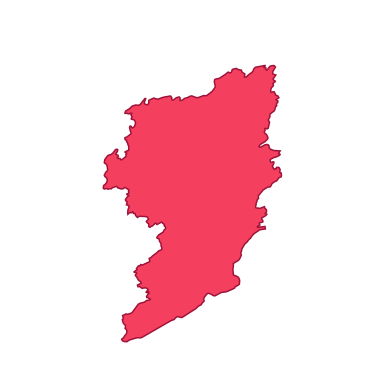 Nizhegorod, Robinson projection, rotated 150°
{"feature_id": "RUS-2357", "entity_name": "Nizhegorod", "entity_type": "Region", "adm_level": 1, "iso_a3": "RUS", "parent_name": "Russia", "parent_adm1": "", "projection": "robinson", "projection_center": [44.77, 56.28], "detail": "fine", "context": "isolated", "style": "filled", "palette": "rose", "viewbox_px": 384, "rotation_deg": 150, "n_neighbors": 0, "source": "natural_earth", "source_scale": "10m", "svg_char_len": 6046}
<svg xmlns="http://www.w3.org/2000/svg" viewBox="0 0 384 384"><g transform="rotate(150 192 192)"><path d="M236.9,267.0L235.5,266.5L235.2,266.0L235.2,265.6L236.2,264.5L239.0,263.0L239.0,262.4L237.7,260.8L238.0,259.5L239.6,259.0L239.5,258.5L238.6,257.4L237.6,257.2L237.4,255.3L236.2,255.1L231.4,255.8L230.9,256.4L230.6,257.6L229.2,258.3L230.1,260.1L229.9,260.3L226.2,259.9L225.5,260.6L223.9,263.3L223.8,265.0L223.2,267.1L223.5,268.3L222.8,269.6L223.7,270.7L223.3,272.2L222.7,272.6L221.1,272.2L215.7,272.9L215.1,274.0L214.8,276.1L214.0,278.7L213.5,279.6L212.9,280.0L212.0,279.7L211.8,277.5L210.9,277.3L209.2,277.4L206.4,279.9L205.8,282.7L206.5,283.9L208.1,285.4L207.8,286.1L206.3,287.0L206.3,289.3L204.9,290.3L205.3,290.8L207.6,291.2L209.4,292.9L210.7,293.6L210.0,294.6L208.7,295.3L204.7,295.4L200.8,296.3L197.5,295.6L194.6,293.7L193.1,293.7L186.0,296.5L185.4,296.1L185.7,295.6L187.9,294.0L188.9,292.6L188.6,291.3L187.4,290.1L186.4,289.9L185.1,290.4L183.9,292.6L183.3,293.0L178.2,292.5L175.4,289.5L169.4,288.4L162.8,286.0L162.4,285.3L162.3,284.0L163.3,282.1L163.2,281.5L162.4,281.0L158.4,281.5L155.8,280.8L155.4,280.5L155.2,279.7L156.5,277.3L155.9,276.7L153.9,276.4L151.8,276.8L148.3,276.0L145.7,275.9L144.1,275.3L141.0,271.5L139.5,270.7L133.7,269.7L131.8,268.4L130.4,268.2L124.0,269.1L119.5,271.2L118.7,272.7L117.7,276.0L116.8,277.4L116.2,277.9L115.1,278.0L111.6,276.8L104.3,277.2L100.9,277.8L100.5,277.6L99.6,276.1L98.6,276.0L97.6,276.2L96.3,277.7L95.0,277.9L91.9,276.9L90.7,274.9L88.3,272.9L88.7,270.6L87.2,267.8L89.0,265.5L89.1,265.3L88.6,264.9L86.7,264.5L85.4,265.1L80.1,265.7L78.9,266.1L76.5,267.9L74.6,268.3L65.5,265.1L65.5,264.6L67.4,264.0L67.3,263.6L66.0,262.6L66.8,260.9L66.6,260.3L65.7,260.2L62.0,261.8L60.5,261.7L58.0,260.7L57.6,260.3L57.3,258.8L57.3,258.4L61.3,256.2L62.1,255.5L62.8,254.2L62.8,253.5L60.9,251.4L65.3,249.3L65.4,248.2L64.4,246.3L65.3,245.8L67.5,245.8L68.1,243.8L68.8,243.2L70.9,242.6L71.8,242.0L73.7,239.8L73.7,238.9L71.3,238.1L70.7,237.6L70.9,234.3L70.8,233.6L69.6,232.2L69.6,230.2L73.0,230.0L73.0,229.0L72.1,228.2L72.6,227.0L75.0,226.0L75.5,224.3L76.9,224.1L79.9,221.2L85.2,220.5L85.7,220.2L87.1,218.0L90.0,216.2L89.9,213.7L94.2,209.1L95.5,209.1L96.7,210.5L97.3,210.5L97.9,208.9L99.6,207.5L99.5,206.1L98.8,204.9L98.8,202.3L99.3,200.7L99.9,200.2L103.3,199.1L109.3,199.0L111.2,198.0L111.1,197.1L109.9,196.5L105.3,196.4L103.4,195.7L102.5,195.0L102.2,193.7L103.0,191.6L102.8,190.1L100.5,187.1L95.1,183.5L97.5,182.3L97.8,181.8L97.1,181.2L96.9,180.5L97.5,180.1L99.9,180.0L104.9,181.0L107.6,181.0L108.4,180.6L109.0,178.9L108.7,178.1L106.6,177.6L106.1,177.0L106.8,175.9L109.6,174.1L109.4,172.9L109.7,172.0L109.6,170.7L109.3,170.3L108.2,170.6L107.3,170.1L106.5,171.0L104.8,170.2L104.3,169.2L104.5,167.3L106.3,165.1L105.3,164.1L105.3,163.7L106.3,161.5L107.2,160.6L109.5,160.9L113.0,159.3L116.1,159.6L118.8,159.1L121.3,157.4L122.2,157.5L123.8,158.4L129.2,158.2L136.5,155.5L137.6,153.2L139.8,152.4L140.5,151.3L142.2,150.2L142.4,149.5L144.1,147.7L144.6,146.8L144.3,145.9L142.5,144.9L141.7,143.9L136.6,143.1L137.0,141.9L136.5,139.6L136.6,138.8L137.5,137.5L139.2,136.9L138.3,135.4L138.4,135.1L140.9,134.6L144.5,134.7L145.1,134.1L145.0,131.8L145.5,130.7L146.7,130.8L148.7,131.6L149.4,131.2L149.6,129.9L150.0,129.3L152.0,129.6L152.9,129.1L152.8,128.5L146.0,125.7L146.9,123.3L152.2,125.4L158.8,124.9L161.9,124.1L164.2,122.8L167.4,122.1L168.8,121.3L172.6,120.4L177.5,117.6L178.8,115.9L180.1,115.2L180.9,112.6L184.4,110.1L186.4,109.5L192.0,109.5L192.8,107.7L195.2,104.7L197.6,99.5L195.3,96.5L194.4,94.8L194.8,91.8L196.8,88.8L197.5,88.3L202.4,88.2L203.3,87.5L204.4,87.5L212.1,88.4L216.7,90.3L224.2,90.6L225.4,91.7L226.7,94.2L228.7,96.3L230.7,96.0L234.3,94.5L235.2,93.8L236.1,91.4L238.7,90.7L240.4,89.8L243.7,89.9L246.8,89.1L263.2,88.3L264.4,88.9L266.4,91.1L267.7,91.5L269.3,91.2L271.1,90.5L274.5,91.1L308.2,91.1L309.7,91.5L312.5,93.3L320.2,95.1L323.3,94.9L325.4,96.3L326.5,97.7L326.7,98.9L326.5,99.7L324.0,100.1L322.2,101.2L319.9,101.9L317.9,103.9L317.6,105.8L318.2,107.3L316.6,109.1L316.4,109.9L317.1,112.4L316.7,114.7L316.1,116.4L315.1,116.5L314.6,117.0L313.9,119.7L310.1,119.4L308.9,118.2L304.5,117.4L294.6,121.7L293.0,121.7L288.2,120.4L285.5,120.8L283.1,119.7L281.7,120.1L282.7,121.7L283.0,122.8L283.9,123.2L283.9,123.6L283.6,124.2L281.7,125.3L279.6,126.1L279.4,127.1L279.6,127.5L281.3,127.3L281.9,128.0L281.3,128.5L279.0,129.3L278.8,129.9L279.5,131.7L281.4,132.9L283.4,133.5L284.6,136.2L286.2,137.0L285.8,138.7L281.7,138.4L281.3,138.6L281.4,140.3L282.2,141.5L282.5,142.7L282.4,145.9L282.8,148.1L282.3,148.7L281.0,149.0L280.5,149.4L280.8,150.3L282.2,151.4L282.0,151.9L278.5,152.2L278.4,153.5L275.5,154.8L274.1,154.3L272.5,154.8L271.6,153.6L263.6,152.9L262.9,153.4L262.6,155.5L262.2,155.9L260.3,155.7L258.5,156.3L252.9,157.0L250.3,157.7L248.0,157.3L246.8,157.5L245.9,159.0L245.8,160.7L244.6,162.8L244.8,165.3L244.0,168.0L245.3,169.3L245.2,170.2L242.4,171.5L237.0,171.7L235.4,172.9L233.4,173.5L232.8,174.1L232.5,175.2L233.0,176.7L232.1,177.6L233.2,179.9L233.2,180.8L233.6,181.2L238.5,181.3L238.7,181.5L238.8,182.9L239.3,183.3L243.2,182.4L244.9,182.7L245.9,182.4L246.5,182.8L246.7,183.9L245.4,185.8L246.3,188.3L246.3,189.4L243.2,190.2L243.2,192.8L244.9,194.2L248.6,196.6L250.1,197.4L252.0,197.2L252.6,199.9L252.0,201.7L253.5,202.7L253.0,203.9L253.2,204.5L254.9,204.3L256.1,205.3L258.7,204.8L257.8,206.7L256.3,208.6L253.5,211.1L254.4,212.9L255.2,213.7L253.1,215.8L253.7,217.3L253.7,218.1L253.4,218.8L249.9,220.4L248.6,220.5L249.6,222.5L249.2,223.0L247.7,222.5L247.1,222.8L246.8,224.1L245.6,225.7L246.3,226.5L247.3,228.8L248.1,229.6L249.8,229.2L251.9,230.1L254.3,232.8L254.3,234.2L254.7,234.7L258.9,235.5L260.3,235.1L262.2,236.3L263.4,236.3L264.0,237.5L265.0,238.1L266.4,238.3L266.7,238.6L266.9,239.3L266.8,239.9L265.3,241.8L262.8,242.2L260.9,243.1L259.4,244.7L258.8,246.8L259.6,248.4L259.7,250.0L259.5,250.5L258.1,251.2L257.2,252.1L254.8,252.7L253.9,253.5L252.3,257.4L252.5,259.4L253.3,260.8L253.2,261.5L251.1,263.8L246.9,265.6L245.0,265.5L243.4,264.9L241.1,265.3L236.9,267.0Z" fill="#f43f5e" stroke="#9f1239" stroke-width="1.5"/></g></svg>